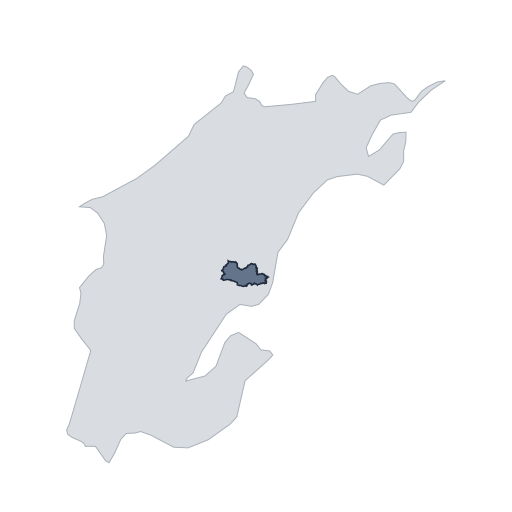 Puriscal, San José, Costa Rica shown in context, rotated 264°
{"feature_id": "36466004B36005628367911", "entity_name": "Puriscal", "entity_type": "district", "adm_level": 2, "iso_a3": "CRI", "parent_name": "Costa Rica", "parent_adm1": "San José", "projection": "natural_earth1", "projection_center": [-84.357, 9.734], "detail": "fine", "context": "in_parent", "style": "filled", "palette": "slate", "viewbox_px": 512, "rotation_deg": 264, "n_neighbors": 0, "source": "geoboundaries", "source_scale": "gbopen_adm2", "svg_char_len": 6988}
<svg xmlns="http://www.w3.org/2000/svg" viewBox="0 0 512 512"><g transform="rotate(264 256 256)"><path d="M446.3,263.1L445.6,265.6L443.7,268.1L440.9,270.7L437.1,272.5L428.1,267.2L419.2,261.1L414.4,263.9L412.5,271.7L409.2,275.8L405.1,277.4L403.5,280.0L403.1,306.5L403.5,331.5L410.2,332.1L421.4,340.8L426.2,345.9L427.7,350.6L426.3,352.9L418.1,358.4L410.1,365.3L406.2,373.9L413.2,387.8L414.7,397.2L414.4,407.1L412.5,411.8L397.0,423.2L393.6,427.2L394.1,430.0L402.6,437.9L406.7,445.4L410.1,454.6L410.5,462.5L402.8,447.8L392.0,433.8L382.7,425.1L382.0,405.0L378.2,394.0L364.1,383.9L352.1,376.9L343.2,378.3L348.7,389.9L362.8,404.8L363.7,410.5L363.5,418.1L353.8,416.9L345.2,413.8L334.8,412.8L327.8,408.3L313.1,390.5L323.5,375.4L326.8,365.4L326.5,344.8L324.1,334.8L312.7,319.6L294.6,302.9L269.3,289.2L257.4,278.2L227.8,269.8L216.5,264.2L207.7,253.8L206.4,246.4L209.5,234.9L201.3,220.4L166.1,191.7L146.3,181.2L142.1,175.0L139.0,173.1L142.0,192.8L150.6,204.7L173.1,215.9L179.3,222.3L181.8,230.8L168.7,246.9L162.1,251.0L160.1,259.8L155.8,262.4L151.3,257.4L133.1,232.1L97.8,220.0L91.4,212.5L78.3,189.4L72.3,168.4L74.4,154.3L89.0,132.4L93.5,122.9L92.6,117.0L93.1,108.4L87.7,102.3L74.3,94.5L65.7,88.2L68.1,85.0L83.4,76.5L84.4,68.9L84.4,66.3L86.9,65.8L89.1,63.8L90.5,61.7L94.7,54.3L98.4,50.1L102.6,49.5L107.8,52.5L127.1,60.5L148.6,69.3L179.3,81.8L192.0,73.8L203.0,67.7L210.6,68.5L227.1,75.7L237.0,78.0L243.1,77.2L253.6,87.7L259.4,95.6L260.3,100.8L263.5,103.7L271.7,104.3L291.9,109.6L304.2,108.6L315.3,102.9L321.5,96.2L323.4,85.5L326.2,90.8L329.5,99.1L331.0,109.7L345.5,145.3L357.0,165.3L382.3,201.5L393.3,208.2L411.8,237.4L418.2,242.2L421.8,250.8L441.0,257.9L446.3,263.1Z" fill="#d9dde1" stroke="#a8b0b8" stroke-width="1"/><path d="M252.8,232.4L252.8,232.2L252.6,231.9L252.6,231.6L252.7,231.4L252.5,231.2L252.8,231.0L252.9,230.8L252.9,230.6L252.8,230.4L253.2,230.1L253.3,229.8L253.3,229.7L253.3,229.4L253.3,229.2L253.3,228.6L253.4,228.3L253.9,228.2L253.9,227.9L254.0,227.8L252.0,227.8L251.8,227.7L251.7,227.4L251.5,227.0L251.4,226.9L251.3,226.6L250.9,226.5L250.6,226.3L250.5,226.2L250.4,226.0L250.2,226.0L250.0,225.8L249.9,225.5L250.0,225.1L249.4,225.2L249.4,224.9L249.2,224.7L249.0,224.4L249.0,223.9L248.8,223.5L248.8,223.2L248.7,223.0L248.6,222.8L248.4,222.6L248.2,222.6L247.8,222.6L247.6,222.6L247.3,222.3L247.0,222.3L246.8,222.1L246.5,221.9L246.2,221.8L245.9,221.6L245.7,221.5L245.6,221.4L245.5,221.1L245.3,220.9L245.3,220.7L245.2,220.6L245.2,220.4L244.7,220.5L244.7,221.1L244.7,221.4L244.2,221.6L243.7,221.6L243.6,221.8L243.6,222.0L243.4,222.1L243.2,222.1L242.9,222.2L242.4,222.2L242.3,222.3L242.0,222.7L241.9,222.9L241.6,222.9L241.5,223.1L241.4,223.2L241.0,223.1L240.9,223.1L240.8,222.3L240.9,221.7L240.5,221.5L240.5,221.2L240.3,221.1L240.0,220.7L240.0,220.3L239.7,220.3L239.6,220.2L239.3,220.2L239.1,220.1L238.9,220.1L238.6,220.0L238.2,219.6L237.6,219.6L237.3,219.4L237.1,219.1L236.9,218.9L236.8,219.1L236.8,219.5L236.6,219.7L236.5,220.1L236.3,220.6L236.2,220.9L235.3,220.9L235.3,222.4L235.6,222.9L235.5,223.2L235.5,224.0L235.7,224.5L235.6,225.7L235.3,226.1L235.2,226.3L235.3,226.9L235.0,227.1L235.0,227.4L234.9,227.7L234.9,228.1L234.7,228.2L234.8,228.4L234.8,228.5L234.6,228.4L234.4,228.4L234.2,228.4L234.1,228.6L234.1,229.0L233.8,229.7L233.7,230.3L233.7,230.9L233.4,231.2L232.9,232.1L232.7,232.2L232.5,232.5L232.5,233.0L231.9,233.9L231.6,234.6L231.0,234.6L230.6,234.5L229.8,234.5L229.5,234.3L229.4,234.3L229.2,234.7L228.8,235.2L228.3,236.5L228.3,237.7L228.2,237.8L228.1,238.1L227.6,238.9L227.3,239.1L227.3,239.7L227.2,240.1L227.0,240.4L227.0,240.7L227.1,241.1L227.7,242.2L227.9,242.4L227.8,242.7L227.0,242.9L226.9,243.0L227.0,243.5L227.5,243.8L227.5,244.0L228.0,244.1L228.3,244.3L228.8,244.4L228.7,244.6L228.7,245.0L229.4,245.4L229.5,245.6L229.5,245.8L229.5,246.2L229.6,246.4L229.6,246.5L229.4,246.7L229.4,247.4L229.2,247.9L228.8,248.0L228.8,248.4L228.3,248.4L227.8,248.8L227.6,248.7L227.6,248.8L227.6,249.1L227.8,249.4L227.8,249.6L227.9,249.8L228.0,250.2L228.1,250.4L228.2,250.5L228.5,250.4L228.9,251.2L229.0,251.3L229.3,251.7L229.2,251.8L228.7,252.1L228.4,252.2L228.5,252.4L228.4,252.7L228.2,252.9L228.2,253.2L227.9,253.4L227.6,253.8L227.3,254.2L227.0,254.3L227.4,254.7L227.4,254.8L227.6,256.5L227.9,257.3L228.3,257.7L228.3,257.9L228.1,258.2L228.1,258.8L227.9,259.0L228.2,259.4L228.3,259.5L228.4,259.9L228.2,260.1L228.2,260.3L228.2,260.5L228.5,260.8L228.5,261.1L228.5,261.4L228.5,261.6L228.4,261.8L227.7,262.0L228.1,262.5L228.0,262.8L227.9,263.0L227.9,263.3L228.3,263.3L228.4,263.5L228.8,263.4L229.1,263.3L229.3,263.3L229.5,263.4L229.6,263.7L229.8,263.9L230.0,263.8L230.2,263.4L230.4,262.6L230.7,262.4L230.8,262.5L231.0,262.8L231.3,263.0L231.6,263.1L231.8,263.0L232.0,263.0L231.9,263.2L232.5,263.2L232.3,263.5L232.8,263.6L232.7,264.0L233.1,264.0L233.3,264.2L233.2,264.3L232.9,264.5L233.1,264.7L233.1,264.8L233.1,265.1L233.4,265.2L233.6,265.7L233.8,265.3L234.1,265.6L234.4,265.6L234.4,265.4L234.3,265.1L234.3,264.8L234.5,264.9L234.6,264.4L234.8,264.4L234.9,264.1L235.0,263.9L235.4,263.7L235.7,263.5L235.7,263.3L235.5,263.2L235.6,262.8L235.4,262.7L235.5,262.4L235.9,262.3L236.5,262.4L236.8,262.4L237.0,261.6L237.4,261.3L237.4,260.7L237.5,260.5L237.9,260.4L238.0,260.2L237.9,259.6L237.6,259.3L237.6,259.0L237.4,258.4L237.4,258.2L237.7,257.6L237.8,257.2L237.7,257.0L237.6,256.8L237.3,256.5L237.3,256.2L237.4,255.9L237.4,255.7L237.2,255.4L237.3,255.2L237.8,255.2L238.1,255.0L238.4,254.9L238.7,255.0L239.0,255.6L239.4,255.4L239.7,255.4L239.7,255.1L240.0,254.9L240.0,255.1L240.2,255.3L240.4,255.2L240.6,255.1L240.9,255.4L241.0,255.7L241.0,255.8L241.6,255.7L241.7,255.3L241.8,255.2L242.0,254.9L242.7,254.9L243.1,255.3L243.3,256.0L243.6,256.0L243.7,255.9L243.7,255.7L243.9,255.6L243.8,255.4L244.2,255.4L244.4,255.4L244.4,255.1L244.4,254.7L244.8,254.7L244.9,254.8L245.2,254.9L245.3,255.0L245.8,255.2L246.2,255.0L246.6,254.8L246.9,254.5L247.2,254.5L247.3,254.5L247.5,254.6L248.0,254.3L248.0,253.9L248.2,253.5L248.1,253.4L248.1,253.0L248.0,252.7L248.1,252.3L248.0,252.2L248.5,251.9L248.7,251.6L248.7,251.4L248.5,251.1L248.5,250.9L248.8,250.8L249.0,250.7L248.9,250.2L248.6,249.8L248.5,249.5L248.1,249.1L247.8,248.7L247.7,248.1L247.6,247.9L247.6,247.5L247.7,247.3L247.6,247.0L247.3,246.8L246.8,246.7L246.5,246.2L246.2,246.2L246.0,246.3L246.0,245.8L245.8,245.6L245.3,245.3L245.4,245.0L245.4,244.8L245.2,244.6L244.9,244.5L245.0,244.3L245.2,244.2L244.9,243.7L245.0,243.1L244.6,242.5L244.3,242.1L244.1,241.5L243.9,241.3L244.0,240.3L244.2,240.2L244.3,240.0L244.3,239.8L244.1,239.7L244.5,239.4L244.4,239.0L244.8,238.3L245.6,238.0L245.6,237.9L245.9,237.5L246.0,237.4L246.0,237.0L246.1,236.7L246.4,236.4L247.3,236.4L247.5,236.2L247.8,236.3L248.3,236.4L248.5,236.5L248.8,236.5L249.1,236.4L249.4,236.4L249.5,236.3L250.3,236.5L250.4,236.3L250.7,236.2L250.8,236.2L251.3,236.0L251.5,235.9L251.6,235.7L251.6,235.2L251.8,235.2L251.9,235.3L252.0,235.3L252.1,234.5L252.3,234.5L252.2,234.3L252.4,233.9L252.3,233.6L252.4,233.3L252.3,233.0L252.5,232.6L252.8,232.4Z" fill="#64748b" stroke="#1e293b" stroke-width="1.5"/></g></svg>